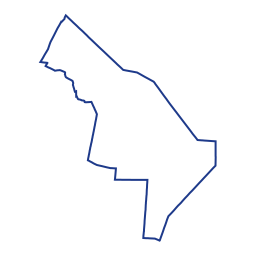 Thap Muoi, Ðong Tháp, Vietnam
{"feature_id": "81297802B37339373723835", "entity_name": "Thap Muoi", "entity_type": "district", "adm_level": 2, "iso_a3": "VNM", "parent_name": "Vietnam", "parent_adm1": "Ðong Tháp", "projection": "mercator", "projection_center": [105.765, 10.559], "detail": "fine", "context": "isolated", "style": "outline", "palette": "blue", "viewbox_px": 256, "rotation_deg": 0, "n_neighbors": 0, "source": "geoboundaries", "source_scale": "gbopen_adm2", "svg_char_len": 4038}
<svg xmlns="http://www.w3.org/2000/svg" viewBox="0 0 256 256"><path d="M215.6,141.3L212.4,141.1L206.7,140.7L205.1,140.6L201.6,140.3L201.1,140.3L198.6,140.1L197.5,140.0L197.4,139.8L195.7,137.6L192.7,133.9L191.1,131.7L189.9,130.1L187.0,126.3L184.1,122.5L181.2,118.7L178.3,114.9L175.9,111.7L175.4,111.1L169.6,103.5L166.8,99.6L166.7,99.4L163.9,95.7L161.0,91.7L158.2,87.8L157.0,86.2L155.2,83.8L155.1,83.6L154.9,83.2L153.7,81.7L150.4,79.9L148.8,79.0L144.9,76.9L140.5,74.4L137.1,72.5L131.8,71.5L126.2,70.5L123.2,69.9L120.5,67.3L117.3,64.4L117.2,64.3L116.1,63.2L107.4,55.0L103.1,50.9L98.7,46.8L94.3,42.6L93.9,42.2L88.7,37.3L86.8,35.3L84.5,33.1L83.3,31.9L81.7,30.4L80.1,29.0L78.7,27.7L77.3,26.3L75.6,24.7L73.1,22.4L71.6,20.9L70.2,19.6L68.7,18.2L67.0,16.5L65.8,15.4L64.7,17.5L64.5,18.9L61.5,22.0L61.2,21.8L59.0,25.8L57.9,27.6L57.3,28.7L55.8,31.7L54.0,35.3L52.4,38.4L50.6,41.8L49.9,43.6L48.2,48.6L48.0,49.2L46.8,51.2L44.8,54.5L42.8,58.1L40.4,62.0L43.8,62.5L47.2,62.8L47.4,62.9L47.4,63.0L45.8,65.6L45.6,66.1L46.7,66.6L47.9,67.2L48.2,67.4L49.8,68.0L51.6,68.9L52.2,69.2L54.3,70.3L54.9,70.7L55.7,70.6L56.8,70.4L57.6,70.3L59.1,70.2L59.5,70.1L59.9,70.2L60.2,70.2L60.8,70.4L62.0,70.9L63.4,71.5L64.6,72.0L64.9,72.2L65.0,72.3L65.1,72.5L65.1,73.1L65.0,73.9L64.9,74.3L64.9,74.5L65.0,74.6L65.2,75.0L65.3,75.6L65.5,76.4L65.7,76.8L65.8,77.0L66.0,77.2L66.2,77.4L67.2,78.0L67.7,78.3L69.0,79.0L70.2,79.6L71.0,80.0L71.6,80.4L72.2,80.7L72.3,80.8L72.5,80.9L72.6,81.1L72.7,81.5L72.9,81.9L73.1,82.8L73.2,83.0L73.2,83.3L73.1,83.8L72.9,84.8L72.9,85.0L73.0,85.2L73.3,86.1L73.5,87.0L74.0,88.4L74.4,90.0L74.7,91.1L75.0,91.8L76.1,91.3L76.2,96.5L76.7,96.3L77.4,97.9L78.0,99.0L78.4,99.3L79.7,99.5L80.3,99.7L81.4,100.1L81.6,100.3L82.1,100.4L83.1,100.5L83.7,100.6L84.0,100.7L84.3,100.9L84.4,101.0L84.7,102.1L86.0,102.3L87.0,102.2L88.9,102.1L90.6,102.0L91.4,101.9L92.0,103.2L92.5,104.3L93.3,106.1L93.6,106.7L94.2,107.9L94.5,108.6L94.5,108.8L95.4,110.7L95.5,110.8L95.6,111.1L96.4,113.0L96.9,114.2L96.7,115.4L96.6,115.8L96.6,116.2L96.3,117.4L96.3,117.7L96.0,119.4L95.9,119.8L95.6,121.3L95.4,122.1L95.3,122.8L95.0,124.5L94.8,125.7L94.6,126.5L94.4,127.5L94.2,128.7L94.1,129.1L93.9,130.1L93.8,130.8L93.6,131.7L93.3,133.1L93.2,133.8L93.0,134.8L92.8,135.5L92.5,137.2L92.4,137.8L92.0,139.5L92.0,139.9L91.8,140.8L91.6,141.9L91.5,142.4L91.3,143.0L91.1,143.9L90.9,144.9L90.7,145.9L90.7,146.0L90.3,147.4L90.1,148.7L89.6,151.1L89.5,151.9L89.2,153.5L89.1,153.9L89.0,154.6L88.8,155.2L88.7,156.1L88.6,156.5L88.2,158.4L88.0,159.5L87.9,160.3L88.5,160.5L90.0,161.4L91.0,161.9L91.6,162.2L91.7,162.3L92.0,162.4L93.1,163.1L93.8,163.5L96.9,165.0L102.2,166.2L106.7,167.3L109.4,167.9L110.4,168.1L110.5,168.1L112.4,168.2L115.9,168.4L115.8,170.0L115.6,172.3L115.4,174.7L115.0,178.9L114.9,179.7L124.6,179.8L127.0,179.8L129.9,179.8L132.0,179.9L134.4,179.9L147.4,179.9L147.3,181.7L147.3,182.1L147.1,184.6L147.0,187.5L146.8,189.8L146.7,192.5L146.6,194.9L146.5,195.3L146.4,196.6L146.3,197.9L146.2,199.2L146.2,199.8L146.1,200.5L146.0,201.6L145.9,202.7L145.9,203.1L145.9,203.5L145.8,204.3L145.8,204.5L145.7,206.1L145.7,206.9L145.6,208.2L145.6,208.8L145.6,209.1L145.6,209.4L145.3,212.0L145.2,213.3L145.1,214.6L144.9,217.2L144.8,218.5L144.7,219.7L144.6,220.9L144.5,223.5L144.4,224.7L144.2,227.2L144.1,228.4L144.0,229.6L144.0,230.4L144.0,231.2L143.9,231.3L143.7,233.1L143.6,234.4L143.5,234.8L143.4,236.4L143.4,237.2L143.3,237.8L143.3,238.0L146.1,238.2L148.0,238.2L148.9,238.3L154.9,238.6L157.8,239.8L159.6,240.6L159.8,240.4L160.4,238.6L161.2,236.4L162.5,232.8L163.4,230.2L164.1,228.0L165.3,224.9L166.3,222.0L167.1,219.5L168.4,216.2L171.5,213.0L173.9,210.4L176.3,207.6L178.2,205.5L180.0,203.8L180.3,203.4L180.8,203.0L182.5,201.0L184.9,198.3L187.4,195.7L189.8,193.0L192.3,190.5L194.8,187.8L197.1,185.3L199.4,182.8L201.6,180.5L203.9,178.0L205.8,176.0L208.4,173.2L210.8,170.6L213.3,167.9L215.5,165.7L215.7,156.7L215.6,156.4L215.6,156.0L215.6,154.9L215.6,153.4L215.6,150.6L215.6,150.3L215.6,149.2L215.6,147.9L215.6,145.3L215.6,144.0L215.6,142.7L215.6,142.3L215.6,141.3Z" fill="none" stroke="#1e3a8a" stroke-width="2"/></svg>